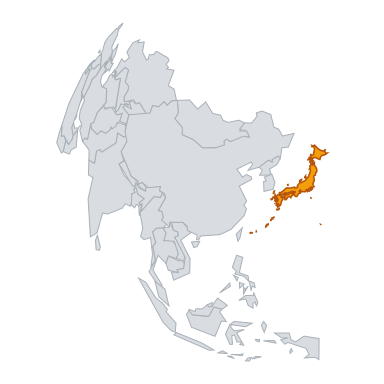 location of Japan within Asia
{"feature_id": "JPN", "entity_name": "Japan", "entity_type": "country or territory", "adm_level": 0, "iso_a3": "JPN", "parent_name": "Asia", "parent_adm1": "", "projection": "orthographic", "projection_center": [135.292, 34.888], "detail": "fine", "context": "in_parent", "style": "filled", "palette": "amber", "viewbox_px": 384, "rotation_deg": 0, "n_neighbors": 45, "source": "natural_earth", "source_scale": "50m", "svg_char_len": 18365}
<svg xmlns="http://www.w3.org/2000/svg" viewBox="0 0 384 384"><path d="M176.4,100.2L171.7,101.0L167.0,105.3L164.2,101.6L158.6,106.9L152.7,105.6L150.0,113.0L147.0,115.0L139.3,102.6L136.2,104.1L133.4,99.7L124.8,102.2L123.8,97.3L127.9,90.5L128.6,86.2L125.2,82.0L128.5,70.0L125.2,67.4L114.6,78.0L116.5,71.7L114.2,70.4L117.1,67.6L121.7,58.8L124.6,61.8L129.4,57.5L126.8,52.1L132.8,42.9L139.5,39.8L137.8,42.8L144.2,41.9L142.5,52.0L146.5,60.0L148.2,59.0L149.3,54.8L153.8,54.6L155.6,51.8L157.0,51.6L167.9,57.9L169.0,60.8L166.1,64.2L168.5,67.4L166.7,69.0L174.0,70.2L168.2,85.7L174.1,89.1L176.4,100.2Z" fill="#d9dde1" stroke="#a8b0b8" stroke-width="1"/><path d="M114.6,78.0L125.2,67.4L128.5,70.0L125.2,82.0L128.6,86.2L127.9,90.5L123.8,97.3L124.3,101.6L132.0,100.8L129.3,102.4L131.5,108.9L127.8,109.2L126.3,107.0L128.3,104.7L125.9,103.2L121.8,105.8L120.9,104.2L118.3,110.1L115.1,112.5L120.4,78.5L115.4,80.0L114.6,78.0Z" fill="#d9dde1" stroke="#a8b0b8" stroke-width="1"/><path d="M319.1,338.6L318.9,359.6L315.2,357.3L304.6,358.0L309.1,354.5L306.0,348.4L287.9,342.4L285.0,344.2L280.8,339.8L288.0,337.9L281.8,337.8L274.5,333.1L289.2,333.0L291.1,339.8L295.5,341.9L304.0,336.1L319.1,338.6ZM251.6,357.4L249.5,361.0L245.6,360.8L247.6,358.2L251.6,357.4ZM290.2,353.4L289.8,350.9L291.4,348.7L292.4,351.2L290.2,353.4ZM222.0,309.2L219.6,312.0L226.3,321.6L221.5,321.1L215.0,336.3L191.5,327.3L186.5,314.4L189.3,309.5L192.5,314.8L205.4,316.4L208.7,316.3L213.8,307.0L222.0,309.2ZM263.4,340.8L274.3,340.5L275.9,343.1L263.4,340.8ZM259.2,341.8L256.2,340.9L255.4,339.4L259.7,339.6L259.2,341.8ZM263.6,321.5L266.7,325.4L264.2,332.4L261.3,325.5L263.6,321.5ZM234.1,321.4L252.2,323.2L245.7,326.7L231.2,324.7L230.6,327.2L234.3,330.9L244.3,329.5L236.7,332.9L243.7,345.3L239.9,344.6L241.8,342.2L236.8,341.9L234.5,335.0L231.8,335.7L232.5,344.3L229.9,344.4L225.5,334.2L229.7,324.8L234.1,321.4ZM234.5,358.5L227.1,356.1L230.9,356.1L234.5,358.5ZM230.9,354.4L239.3,354.6L243.0,353.9L242.4,355.6L230.9,354.4ZM222.6,350.8L227.6,353.6L218.1,352.9L222.6,350.8ZM176.2,332.5L201.4,342.8L213.8,350.0L209.4,350.3L173.9,334.8L176.2,332.5ZM166.0,311.8L176.0,323.1L175.3,332.1L171.3,330.8L163.3,322.6L138.6,278.1L145.8,282.3L156.1,298.2L162.6,303.2L167.4,309.5L166.0,311.8Z" fill="#d9dde1" stroke="#a8b0b8" stroke-width="1"/><path d="M252.1,359.0L255.6,356.4L261.4,356.8L252.1,359.0Z" fill="#d9dde1" stroke="#a8b0b8" stroke-width="1"/><path d="M93.5,61.7L90.9,63.8L85.8,70.3L89.9,64.1L93.5,60.7L93.5,61.7Z" fill="#d9dde1" stroke="#a8b0b8" stroke-width="1"/><path d="M95.2,60.8L93.5,60.8L96.3,59.4L95.2,60.8Z" fill="#d9dde1" stroke="#a8b0b8" stroke-width="1"/><path d="M91.7,63.5L89.8,65.1L92.2,62.4L91.7,63.5Z" fill="#d9dde1" stroke="#a8b0b8" stroke-width="1"/><path d="M91.7,63.5L92.3,67.4L89.3,71.6L88.9,68.9L86.2,73.8L84.5,73.5L85.8,70.3L91.7,63.5Z" fill="#d9dde1" stroke="#a8b0b8" stroke-width="1"/><path d="M73.6,122.5L74.6,128.2L78.9,127.8L72.5,135.9L71.7,127.5L73.6,122.5Z" fill="#d9dde1" stroke="#a8b0b8" stroke-width="1"/><path d="M74.2,119.1L75.5,116.6L76.8,115.7L75.3,119.3L74.2,119.1Z" fill="#d9dde1" stroke="#a8b0b8" stroke-width="1"/><path d="M83.7,94.7L80.7,101.7L81.6,96.1L83.7,94.7Z" fill="#d9dde1" stroke="#a8b0b8" stroke-width="1"/><path d="M89.3,71.6L92.3,67.4L94.0,69.0L98.7,64.2L101.0,64.3L100.3,68.8L96.5,75.5L92.4,79.1L89.0,87.4L83.6,97.8L81.7,91.9L89.3,71.6Z" fill="#d9dde1" stroke="#a8b0b8" stroke-width="1"/><path d="M73.0,135.6L77.6,130.7L76.2,147.1L71.2,149.9L69.3,154.1L63.1,151.6L65.6,141.0L68.7,144.4L72.2,139.0L73.0,135.6ZM80.2,126.3L79.4,126.2L80.2,125.7L80.2,126.3Z" fill="#d9dde1" stroke="#a8b0b8" stroke-width="1"/><path d="M165.9,263.3L168.4,255.9L179.0,261.0L181.0,258.8L184.6,264.1L183.6,268.6L177.1,269.7L178.5,272.5L168.4,270.4L165.9,263.3Z" fill="#d9dde1" stroke="#a8b0b8" stroke-width="1"/><path d="M176.3,258.5L168.4,255.9L165.9,263.3L158.0,255.3L153.0,270.0L162.1,285.2L158.5,285.9L149.0,271.8L155.4,260.4L152.7,246.0L155.7,242.9L152.5,231.9L156.4,228.1L163.0,227.8L166.1,233.1L163.9,240.6L171.7,240.1L176.3,245.4L178.3,253.8L176.3,258.5Z" fill="#d9dde1" stroke="#a8b0b8" stroke-width="1"/><path d="M184.0,261.2L176.3,258.5L178.3,253.8L174.2,241.3L163.9,240.6L166.1,233.1L163.0,227.8L169.2,227.0L169.7,222.2L173.6,230.3L177.7,231.8L178.4,235.8L174.8,237.2L184.7,254.4L184.0,261.2Z" fill="#d9dde1" stroke="#a8b0b8" stroke-width="1"/><path d="M163.0,227.8L156.4,228.1L152.5,231.9L155.7,242.9L152.7,246.0L155.4,260.4L151.0,266.4L152.5,254.2L150.6,237.5L144.0,239.6L140.6,236.5L142.8,228.3L139.9,212.5L154.0,196.6L160.5,197.3L162.5,192.9L165.7,197.7L158.4,210.6L161.8,211.4L163.4,217.0L161.7,219.9L167.6,223.5L163.0,227.8Z" fill="#d9dde1" stroke="#a8b0b8" stroke-width="1"/><path d="M171.3,272.0L178.5,272.5L177.1,269.7L183.6,268.6L185.2,257.5L174.8,237.2L178.4,235.8L177.7,231.8L173.6,230.3L171.5,222.3L182.9,222.4L190.9,232.6L180.7,240.1L190.1,258.6L189.7,273.0L173.6,280.2L171.3,272.0Z" fill="#d9dde1" stroke="#a8b0b8" stroke-width="1"/><path d="M280.2,158.5L276.8,164.7L269.5,169.0L271.2,175.1L259.5,175.2L262.4,170.0L259.0,167.3L261.9,164.9L268.2,160.2L272.2,162.0L271.9,159.7L278.3,155.9L280.2,158.5Z" fill="#d9dde1" stroke="#a8b0b8" stroke-width="1"/><path d="M264.2,177.2L271.8,174.1L274.9,182.1L273.2,189.2L264.0,191.5L263.6,181.5L266.2,181.0L264.2,177.2Z" fill="#d9dde1" stroke="#a8b0b8" stroke-width="1"/><path d="M177.4,100.4L189.5,100.0L197.6,109.1L205.7,101.9L212.7,113.4L220.6,115.2L223.0,120.3L228.2,122.4L239.0,120.2L244.6,122.9L239.9,131.1L246.5,130.9L250.3,135.9L230.4,141.6L226.3,139.3L224.1,141.6L224.6,144.8L219.5,147.3L202.6,147.9L193.3,139.7L182.1,134.7L182.4,127.7L174.8,118.7L178.3,112.8L177.4,100.4Z" fill="#d9dde1" stroke="#a8b0b8" stroke-width="1"/><path d="M162.5,192.9L160.5,197.3L154.0,196.6L141.6,210.8L141.9,203.8L139.9,205.6L138.9,202.8L144.1,198.9L137.7,194.0L135.7,187.2L133.8,189.3L135.0,192.5L131.8,194.0L133.1,196.0L130.5,206.2L125.2,203.8L122.4,208.1L107.7,214.0L102.6,213.0L97.1,232.7L90.4,236.8L88.1,199.1L92.9,177.5L88.4,174.9L88.9,160.0L94.5,163.4L96.4,151.1L100.0,149.5L101.7,152.0L116.0,142.8L117.6,132.8L123.7,137.0L127.3,135.6L126.9,141.7L121.2,151.7L123.7,160.7L119.1,164.1L124.0,175.1L134.3,186.6L138.4,181.2L137.3,185.2L139.2,188.0L145.5,191.1L145.9,186.9L160.5,186.5L159.6,190.8L162.5,192.9Z" fill="#d9dde1" stroke="#a8b0b8" stroke-width="1"/><path d="M141.9,203.8L139.3,215.7L138.8,206.1L136.3,204.5L134.5,207.9L131.4,205.0L131.8,194.0L135.0,192.5L133.8,189.3L135.7,187.2L137.7,194.0L144.1,198.9L138.9,202.8L139.9,205.6L141.9,203.8Z" fill="#d9dde1" stroke="#a8b0b8" stroke-width="1"/><path d="M145.9,186.9L145.5,191.1L137.3,185.2L142.1,182.3L145.9,186.9Z" fill="#d9dde1" stroke="#a8b0b8" stroke-width="1"/><path d="M136.6,181.0L134.3,186.6L132.2,185.3L119.1,164.1L125.0,160.5L131.3,176.1L136.6,181.0Z" fill="#d9dde1" stroke="#a8b0b8" stroke-width="1"/><path d="M127.3,135.6L123.7,137.0L117.6,132.8L116.0,142.8L101.7,152.0L100.0,149.5L96.4,151.1L94.5,163.4L88.9,160.0L89.1,150.1L82.5,141.2L85.0,137.9L87.5,139.2L90.8,123.7L91.6,128.8L97.3,134.4L101.0,130.7L105.5,133.2L119.3,121.8L126.0,125.3L125.1,131.4L127.3,135.6Z" fill="#d9dde1" stroke="#a8b0b8" stroke-width="1"/><path d="M111.3,107.0L116.9,114.9L122.4,113.2L119.8,121.0L123.8,120.8L126.0,125.3L117.4,122.3L115.9,126.1L112.3,128.8L110.9,127.0L110.1,130.0L105.5,133.2L101.0,130.7L97.3,134.4L91.6,128.8L90.8,123.7L93.6,122.5L97.3,112.5L104.1,105.2L105.3,109.3L111.3,107.0Z" fill="#d9dde1" stroke="#a8b0b8" stroke-width="1"/><path d="M115.1,112.5L118.3,110.1L120.9,104.2L128.3,104.7L127.0,107.6L123.0,107.4L128.9,114.8L126.4,124.0L119.8,121.0L122.4,113.2L116.9,114.9L115.1,112.5Z" fill="#d9dde1" stroke="#a8b0b8" stroke-width="1"/><path d="M132.0,100.8L136.2,104.1L139.3,102.6L147.0,115.0L128.9,114.8L123.0,107.4L124.6,105.6L131.5,108.9L129.3,102.4L132.0,100.8Z" fill="#d9dde1" stroke="#a8b0b8" stroke-width="1"/><path d="M114.2,70.4L116.5,71.7L114.2,77.2L115.4,80.0L120.4,78.5L115.5,107.4L114.0,109.4L113.8,107.0L104.2,108.3L104.1,105.2L106.0,102.3L106.8,90.3L102.6,86.4L107.1,81.1L109.5,75.7L111.9,73.7L112.9,76.8L115.7,71.6L112.5,72.8L114.2,70.4Z" fill="#d9dde1" stroke="#a8b0b8" stroke-width="1"/><path d="M83.6,97.8L89.0,87.4L92.4,79.1L96.5,75.5L102.4,65.5L106.3,61.3L104.4,67.1L106.9,68.4L101.8,76.2L100.5,81.4L101.9,86.9L106.5,88.7L106.0,102.3L97.3,112.5L93.6,122.5L90.8,123.7L87.5,139.2L85.0,137.9L82.5,141.2L79.8,130.2L81.8,125.1L79.2,118.2L80.3,110.5L84.5,100.3L83.6,97.8Z" fill="#d9dde1" stroke="#a8b0b8" stroke-width="1"/><path d="M92.3,63.0L95.2,60.8L98.5,56.2L101.6,54.1L100.7,63.9L98.7,64.2L94.0,69.0L90.8,66.4L92.3,63.0Z" fill="#d9dde1" stroke="#a8b0b8" stroke-width="1"/><path d="M104.5,67.7L108.6,58.3L110.9,56.0L110.1,60.4L104.5,67.7Z" fill="#d9dde1" stroke="#a8b0b8" stroke-width="1"/><path d="M100.3,68.8L101.6,54.1L99.4,55.6L101.5,53.4L102.7,50.3L104.9,42.3L108.2,37.2L116.8,28.2L118.4,29.8L117.3,35.5L111.8,46.8L112.4,53.0L107.0,61.9L106.3,61.3L100.3,68.8ZM123.0,23.0L121.6,25.9L118.8,29.1L118.3,27.0L123.0,23.0Z" fill="#d9dde1" stroke="#a8b0b8" stroke-width="1"/><path d="M100.3,246.8L99.5,250.3L96.1,249.7L95.5,240.3L97.4,235.2L100.3,246.8Z" fill="#d9dde1" stroke="#a8b0b8" stroke-width="1"/><path d="M193.8,247.6L191.5,242.0L199.7,241.3L197.3,246.5L193.8,247.6ZM128.9,114.8L150.0,113.0L152.7,105.6L158.6,106.9L164.2,101.6L167.0,105.3L171.7,101.0L177.4,100.4L178.3,112.8L174.8,118.7L182.4,127.7L182.1,134.7L193.3,139.7L202.6,147.9L215.8,147.9L224.6,144.8L224.1,141.6L226.3,139.3L230.4,141.6L243.4,136.3L249.7,137.3L246.5,130.9L239.6,129.3L244.6,122.9L251.7,123.0L257.0,116.3L256.3,112.9L262.0,111.0L270.8,114.6L273.9,127.3L278.5,128.9L282.5,136.0L294.1,133.4L288.2,147.2L282.0,147.7L280.2,158.5L278.3,155.9L271.9,159.7L272.2,162.0L268.2,160.2L259.0,167.3L248.1,170.3L252.6,164.4L251.3,162.0L236.7,169.2L242.5,177.0L246.7,174.5L251.4,177.0L251.7,179.3L239.2,186.1L246.7,201.1L243.9,205.1L246.5,209.0L244.2,215.6L231.2,229.2L220.0,234.6L200.5,236.0L198.6,239.9L196.6,239.6L197.2,235.1L187.5,230.5L187.2,226.2L182.9,222.4L169.7,222.2L169.2,227.0L161.7,219.9L163.4,217.0L161.8,211.4L158.4,210.6L165.7,197.7L164.4,193.4L159.6,190.8L160.5,186.5L148.3,187.6L142.1,182.3L137.5,184.3L138.4,181.2L131.3,176.1L121.2,151.7L126.9,141.7L125.1,131.4L128.9,114.8Z" fill="#d9dde1" stroke="#a8b0b8" stroke-width="1"/><path d="M242.2,227.8L239.9,238.0L238.0,241.2L236.2,234.2L242.2,227.8Z" fill="#d9dde1" stroke="#a8b0b8" stroke-width="1"/><path d="M113.0,59.1L111.2,63.6L113.2,63.2L109.3,70.8L108.8,69.5L103.7,73.4L106.9,68.4L104.5,67.7L107.5,62.9L111.3,58.1L110.8,61.4L113.0,59.1ZM104.4,67.1L104.8,65.4L107.0,61.9L106.4,64.3L104.4,67.1Z" fill="#d9dde1" stroke="#a8b0b8" stroke-width="1"/><path d="M118.3,43.6L114.8,55.8L111.1,61.4L112.5,51.2L115.7,48.2L118.3,43.6Z" fill="#d9dde1" stroke="#a8b0b8" stroke-width="1"/><path d="M237.0,280.8L233.5,275.3L238.2,277.6L237.0,280.8ZM243.5,294.1L243.6,286.9L245.1,289.4L248.2,286.1L243.5,294.1ZM253.5,292.3L257.9,302.6L256.4,305.9L255.0,301.9L253.0,303.6L253.1,308.1L248.2,305.5L245.8,298.9L238.8,300.4L245.4,295.6L253.7,295.3L253.5,292.3ZM230.3,286.3L219.7,292.9L229.7,283.0L230.3,286.3ZM242.8,257.4L239.3,272.7L248.2,276.0L248.5,281.0L244.0,276.4L234.8,273.9L236.4,271.5L232.4,267.3L236.6,255.3L242.8,257.4ZM239.6,288.1L239.4,282.4L244.4,284.2L239.6,288.1ZM254.2,283.0L255.2,287.5L252.1,286.2L251.1,290.6L249.2,281.0L254.2,283.0Z" fill="#d9dde1" stroke="#a8b0b8" stroke-width="1"/><path d="M155.0,281.5L164.9,288.9L168.9,305.8L158.8,296.8L155.0,281.5ZM222.0,309.2L213.8,307.0L208.7,316.3L192.5,314.8L189.9,312.1L189.3,309.5L195.1,311.6L195.9,308.8L202.3,308.9L207.3,304.8L211.8,306.5L217.6,298.0L227.4,305.4L222.0,309.2Z" fill="#d9dde1" stroke="#a8b0b8" stroke-width="1"/><path d="M212.3,302.5L211.8,306.5L209.0,307.1L207.3,304.8L212.3,302.5Z" fill="#d9dde1" stroke="#a8b0b8" stroke-width="1"/><path d="M65.6,141.0L63.1,151.6L61.4,153.0L56.7,142.6L59.5,131.9L62.2,125.8L61.4,136.3L64.0,135.6L65.6,141.0Z" fill="#d9dde1" stroke="#a8b0b8" stroke-width="1"/><path d="M85.5,70.7L85.4,74.2L86.2,73.8L88.9,68.9L89.3,71.6L81.7,91.9L81.5,98.3L77.5,111.4L71.7,127.5L73.0,135.6L72.2,139.0L68.7,144.4L64.0,135.6L61.4,136.3L62.2,125.8L60.8,128.5L68.7,104.1L72.9,95.2L83.1,73.8L85.5,70.7Z" fill="#d9dde1" stroke="#a8b0b8" stroke-width="1"/><path d="M100.0,52.9L98.4,52.6L100.3,49.8L100.0,52.9Z" fill="#d9dde1" stroke="#a8b0b8" stroke-width="1"/><path d="M313.8,162.6L314.5,162.4L314.4,163.7L314.6,165.3L314.7,165.8L315.9,167.1L316.7,169.1L316.8,170.7L316.6,172.0L315.8,172.7L315.5,173.6L315.4,175.1L314.2,175.5L313.8,176.3L313.7,177.2L314.2,179.2L314.2,180.7L314.1,181.2L313.3,182.4L312.9,184.5L313.1,185.3L314.1,186.6L313.3,186.9L312.7,187.6L312.6,188.7L312.4,189.0L311.4,189.7L311.0,190.3L310.7,190.3L310.5,190.1L310.7,189.9L310.6,188.6L311.4,187.4L311.0,187.0L310.5,187.1L310.3,187.8L309.9,188.2L310.0,188.6L310.3,188.8L310.1,189.3L309.3,188.7L308.6,188.8L308.2,189.3L308.1,190.7L307.7,191.3L307.2,191.7L306.9,191.3L307.1,190.2L307.4,189.9L306.7,189.5L306.3,189.7L305.2,191.2L305.0,191.8L302.7,191.6L301.0,192.0L301.8,191.5L301.7,191.2L300.9,191.2L300.6,190.9L300.6,191.4L300.3,191.4L300.3,190.3L300.4,190.1L300.1,190.0L299.7,190.3L299.2,191.6L300.4,192.6L300.3,193.1L298.5,193.7L297.0,196.4L296.2,196.7L295.4,196.4L294.2,194.5L294.1,193.3L294.9,192.7L295.2,191.9L295.0,191.7L293.9,191.8L292.9,191.3L291.1,191.5L290.2,192.2L288.3,192.6L287.2,193.1L286.8,193.0L285.5,193.3L284.7,192.9L284.3,193.0L284.1,193.4L283.7,195.0L282.3,194.1L280.5,194.4L279.9,194.1L279.4,194.3L279.3,193.1L279.7,192.5L281.0,192.5L284.2,190.0L285.8,188.4L286.6,188.0L287.8,187.8L288.2,188.2L289.0,188.0L290.3,188.1L294.4,187.1L294.7,187.2L294.6,187.7L294.9,188.0L296.2,188.1L296.9,187.7L297.6,187.0L297.3,186.0L297.5,185.5L299.6,182.8L299.8,181.9L299.6,180.9L300.1,180.1L301.7,179.4L301.7,179.8L300.3,181.2L300.6,181.6L300.7,182.4L301.5,182.7L301.8,182.6L302.4,181.9L305.1,180.7L306.1,179.5L306.9,177.9L308.4,176.8L308.9,175.0L309.7,173.4L310.0,171.9L310.4,171.1L310.4,170.2L310.2,169.2L309.3,169.0L309.8,168.5L310.1,167.5L309.8,166.4L309.9,165.8L310.9,165.0L311.0,164.3L310.9,163.7L311.1,163.4L311.9,163.5L312.1,164.7L312.4,165.0L312.9,164.5L313.5,164.7L313.9,164.2L313.8,163.3L313.7,163.2L312.5,163.7L312.4,163.2L312.8,162.1L313.8,162.6ZM320.8,150.5L321.6,150.5L322.9,151.0L323.6,151.0L324.0,150.8L325.4,149.2L324.9,151.2L324.8,151.6L325.0,152.0L325.8,153.5L326.3,153.5L326.8,153.0L327.3,153.0L326.7,153.4L326.4,153.9L325.9,154.0L324.7,154.8L323.8,155.2L322.5,155.2L321.8,155.6L320.7,156.9L320.3,157.7L320.1,159.1L319.9,159.5L317.5,158.6L315.3,157.4L314.0,157.6L312.7,158.6L311.8,157.7L311.1,157.7L310.7,158.3L310.6,158.9L311.3,159.5L312.0,159.6L313.4,160.8L312.9,161.1L311.8,160.8L310.7,162.4L310.3,162.6L309.9,162.4L309.8,162.0L310.1,160.5L309.9,159.9L309.1,159.0L309.1,157.7L309.2,157.4L309.9,157.1L310.8,156.1L311.0,155.7L310.6,155.2L310.6,154.6L310.9,154.4L311.9,155.0L312.9,155.0L313.4,154.9L313.6,154.5L313.6,153.0L314.2,151.4L314.2,150.4L314.4,149.4L314.4,148.4L314.1,147.5L313.7,146.6L313.8,145.6L314.6,145.1L317.7,148.4L320.8,150.5ZM279.8,195.6L280.9,196.1L281.7,195.8L282.1,196.0L282.1,196.4L281.4,197.4L282.7,197.5L282.5,198.1L282.9,198.4L282.7,198.7L283.0,199.1L281.8,200.8L281.0,203.3L280.9,204.2L280.4,205.3L279.5,205.1L279.3,205.4L279.5,205.9L278.0,206.8L278.4,205.8L278.2,204.5L278.5,204.3L278.5,203.9L278.0,203.8L277.6,204.5L277.5,205.2L277.9,205.8L277.7,206.1L276.3,205.6L276.1,205.1L276.7,204.9L276.8,204.3L276.3,203.5L276.4,202.2L277.2,201.7L278.1,200.0L277.6,199.8L277.9,199.5L277.8,199.1L277.3,198.0L276.8,197.6L276.4,197.9L276.5,198.9L277.1,199.0L277.1,199.6L276.7,199.7L276.1,199.3L275.0,200.1L275.2,199.4L274.8,198.7L274.8,198.0L275.3,198.7L275.9,198.9L275.6,198.2L274.5,197.2L274.6,196.7L275.4,196.9L275.4,196.4L276.6,195.8L277.3,195.6L277.8,194.8L278.6,194.5L279.5,194.7L279.8,195.6ZM291.5,193.4L292.5,193.5L292.6,195.2L292.8,195.3L291.6,196.2L291.1,196.9L290.8,197.7L290.1,196.8L288.9,196.6L287.7,197.2L287.1,198.3L286.7,198.8L286.5,199.4L285.9,199.7L285.3,199.7L285.6,199.1L284.8,199.0L284.8,198.6L284.6,198.4L284.9,197.4L284.5,197.2L284.6,196.8L283.2,197.1L285.4,195.7L285.9,194.4L286.5,194.0L287.2,194.7L287.4,194.7L288.8,194.4L289.0,193.9L288.9,193.4L289.2,193.5L290.1,193.0L290.5,193.0L291.5,193.4ZM268.1,224.8L266.6,225.5L266.7,226.0L266.2,226.3L266.2,226.7L265.7,226.9L266.0,225.5L266.9,224.9L266.7,224.8L266.8,224.5L267.5,224.7L268.1,223.8L268.4,224.1L268.1,224.8ZM305.1,178.1L304.7,178.1L304.9,178.0L305.0,177.5L304.7,177.4L304.7,177.0L305.5,176.0L305.4,177.0L305.8,177.0L305.6,177.7L305.1,178.1ZM272.9,218.2L272.6,218.8L271.9,218.2L273.9,217.2L273.9,217.6L272.9,218.2ZM276.5,201.1L275.8,201.7L275.6,201.5L275.8,201.3L275.7,201.1L275.9,200.3L276.4,200.3L276.5,201.1ZM293.5,193.3L293.2,193.7L292.8,193.6L292.6,193.3L293.2,192.5L293.8,192.2L293.4,192.8L293.5,193.3ZM277.6,210.0L277.0,210.0L276.8,209.4L277.2,209.1L277.7,209.5L277.8,209.6L277.6,210.0ZM274.4,191.6L274.0,192.6L273.7,192.3L273.9,191.3L274.4,191.0L274.4,191.6ZM278.9,209.5L278.6,209.5L278.6,209.3L279.3,207.7L279.3,208.5L278.9,209.5ZM271.1,198.9L271.7,199.0L271.9,199.5L271.2,199.7L271.0,199.4L271.1,198.9ZM273.6,193.4L273.4,193.5L273.3,193.2L273.5,192.5L273.9,192.7L273.6,193.4ZM250.8,233.2L250.0,233.0L250.0,232.9L250.4,232.5L251.0,232.8L250.8,233.2ZM288.2,185.1L287.7,185.2L287.6,184.9L287.6,184.7L288.0,184.5L288.2,185.1ZM272.6,198.8L272.3,198.3L272.8,197.5L273.0,198.1L272.6,198.8ZM252.5,232.1L252.2,233.0L251.8,233.0L251.6,232.6L252.1,232.6L252.5,232.1ZM271.1,220.4L270.7,220.4L270.8,219.7L271.0,219.6L271.1,220.4ZM312.9,146.7L312.4,146.7L312.7,146.4L312.9,146.7ZM277.2,200.8L276.8,200.8L276.7,200.6L277.1,200.4L277.5,200.4L277.2,200.8ZM308.0,159.9L307.9,159.9L307.9,159.4L308.2,159.2L308.0,159.9ZM283.9,194.6L284.3,194.8L284.7,194.7L284.4,195.0L283.9,194.9L283.9,194.6ZM312.0,145.5L312.0,146.3L311.7,145.4L312.0,145.5ZM274.2,197.2L273.7,197.4L274.1,196.8L274.5,196.7L274.2,197.2ZM256.9,231.9L256.2,231.8L256.3,231.3L256.5,231.6L256.9,231.9ZM275.4,195.1L275.1,195.2L274.9,195.1L275.1,194.6L275.4,195.1ZM291.6,192.3L291.1,192.7L290.9,192.3L291.4,192.2L291.6,192.3ZM272.4,218.9L272.1,218.9L271.9,218.5L272.2,218.6L272.4,218.9ZM309.4,191.1L309.3,191.3L309.2,191.3L309.1,190.9L309.4,191.1ZM274.9,203.4L274.5,204.0L274.6,203.7L274.9,203.4ZM285.1,193.6L285.1,194.1L284.8,194.0L285.1,193.6ZM311.0,198.2L310.8,198.1L310.8,197.9L311.1,198.0L311.0,198.2ZM320.9,224.6L320.9,225.0L320.7,224.5L320.9,224.6Z" fill="#f59e0b" stroke="#b45309" stroke-width="1.5"/></svg>